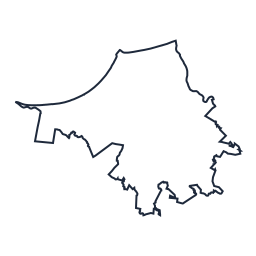 outline of Centla, Tabasco, Mexico
{"feature_id": "50627088B3950990861765", "entity_name": "Centla", "entity_type": "district", "adm_level": 2, "iso_a3": "MEX", "parent_name": "Mexico", "parent_adm1": "Tabasco", "projection": "robinson", "projection_center": [-92.665, 18.354], "detail": "fine", "context": "isolated", "style": "outline", "palette": "slate", "viewbox_px": 256, "rotation_deg": 0, "n_neighbors": 0, "source": "geoboundaries", "source_scale": "gbopen_adm2", "svg_char_len": 5841}
<svg xmlns="http://www.w3.org/2000/svg" viewBox="0 0 256 256"><path d="M175.7,40.7L172.0,41.9L167.0,43.9L150.5,48.6L143.9,50.0L141.5,50.4L133.4,51.9L128.6,52.6L126.0,52.7L124.6,52.7L123.7,52.5L122.7,52.1L121.6,51.2L120.2,50.1L119.8,50.0L116.8,53.6L116.2,54.6L116.7,56.2L116.5,57.1L115.8,58.6L114.6,60.9L114.1,61.7L113.9,62.4L111.8,65.7L110.9,67.8L108.2,71.7L105.9,75.1L101.0,80.8L98.4,83.5L94.4,87.2L91.2,89.7L88.5,91.7L84.7,94.0L84.3,94.2L84.0,94.4L84.0,94.5L83.7,94.5L82.0,95.5L81.3,95.8L78.2,97.3L73.7,99.3L71.8,99.9L69.9,100.7L64.7,102.3L59.4,103.4L52.4,104.2L52.0,104.1L46.2,104.7L45.8,104.7L43.5,104.9L43.2,104.9L42.7,105.0L39.2,105.2L32.7,105.3L28.1,105.1L25.4,104.8L24.0,104.5L22.0,103.9L17.8,102.2L15.4,101.9L18.6,104.0L21.4,106.5L23.0,107.4L23.8,107.6L26.4,106.9L27.7,106.9L28.6,107.3L30.2,108.4L31.1,108.6L31.7,108.5L33.0,107.9L33.7,107.7L35.0,107.6L35.8,107.9L38.3,109.5L40.0,110.8L40.5,111.3L40.7,113.3L40.5,113.5L40.3,113.6L39.1,120.4L37.6,127.3L35.0,141.3L53.0,143.0L55.2,129.3L57.1,129.4L58.2,129.8L59.6,130.0L61.4,132.1L62.7,134.0L63.5,134.3L64.7,134.6L66.1,135.2L66.5,135.5L67.9,137.1L69.0,138.1L69.3,137.7L69.4,136.5L69.2,135.0L69.9,134.7L70.2,134.4L70.9,133.5L71.3,132.6L71.6,132.5L72.2,132.7L72.7,131.8L73.0,131.5L73.5,131.5L75.1,132.7L74.9,133.4L74.4,134.1L74.3,134.5L74.6,135.0L75.2,135.7L75.5,135.8L76.1,135.7L76.8,135.9L77.2,136.2L77.4,136.9L77.8,137.1L78.4,137.2L79.8,137.0L80.8,136.5L81.5,136.0L82.2,136.5L82.4,136.9L82.6,137.8L82.9,138.2L83.9,139.1L85.1,139.7L85.4,140.1L86.2,140.9L86.5,141.6L87.1,142.0L87.2,142.5L87.1,142.9L87.9,143.6L88.3,144.4L88.4,144.7L87.9,145.8L87.9,146.0L88.3,146.4L89.1,146.8L89.1,147.0L91.5,152.9L93.2,157.0L95.5,155.6L112.2,143.2L115.9,144.1L119.4,144.6L123.0,145.2L122.5,148.2L121.2,151.0L119.9,152.7L119.5,154.6L119.2,155.1L118.4,155.9L118.0,156.1L117.2,157.0L116.8,159.5L116.8,160.7L117.7,160.8L117.8,161.8L118.1,163.4L118.1,164.2L114.4,167.8L112.0,170.9L108.7,174.4L111.8,177.2L114.6,178.5L115.5,179.4L116.1,179.4L117.4,179.0L117.7,178.5L117.8,179.2L122.1,180.5L123.7,178.0L124.4,179.2L124.0,179.5L123.9,180.2L124.0,180.9L123.7,181.5L122.5,182.1L122.2,182.5L122.2,182.8L122.4,183.3L123.1,183.9L123.6,184.7L123.6,185.3L123.3,185.9L123.2,186.2L123.5,186.5L124.5,187.0L124.6,187.3L124.2,188.2L124.2,188.8L124.3,189.2L125.5,189.1L127.2,189.6L129.2,185.2L132.6,189.1L134.3,187.8L134.5,189.6L136.2,191.5L137.4,193.5L137.3,194.8L137.0,195.4L136.5,195.6L136.0,208.0L140.3,208.9L139.6,211.7L139.9,211.7L139.6,212.6L139.8,213.3L140.2,213.6L140.9,213.8L142.1,213.2L142.7,213.3L143.2,213.8L143.4,215.3L144.6,215.0L145.6,214.4L150.9,213.0L153.4,213.6L153.8,208.8L154.3,208.9L154.8,208.8L155.3,208.9L156.2,209.9L156.8,210.3L157.3,210.4L158.1,210.2L158.4,210.3L158.7,211.3L159.2,212.2L159.1,212.7L158.6,213.7L158.6,214.2L159.1,214.6L160.1,215.2L160.1,214.4L159.9,212.6L159.7,210.2L156.6,209.0L156.0,208.1L155.0,208.0L155.0,205.7L154.0,203.6L155.6,202.5L155.6,201.8L155.4,201.7L155.4,201.4L161.2,190.2L161.3,190.2L161.2,189.5L160.5,188.7L160.1,188.5L159.3,188.7L158.9,188.5L158.3,186.7L158.3,186.2L158.5,184.6L158.9,184.4L159.3,184.3L161.7,182.4L162.8,182.1L163.2,181.7L163.4,181.7L163.7,181.9L163.9,182.6L164.0,182.7L165.1,182.2L165.7,182.3L166.1,182.7L167.0,182.4L167.1,182.5L167.3,182.8L167.2,183.3L167.8,185.7L166.5,188.7L167.8,189.1L168.4,189.0L174.6,194.8L175.1,197.2L173.5,197.3L170.1,195.7L169.8,197.8L177.5,198.6L177.1,202.0L181.4,203.2L182.8,203.5L183.4,203.2L184.0,202.7L193.6,196.4L195.2,195.4L195.7,195.1L196.2,194.2L196.1,193.6L194.9,193.3L194.0,192.5L194.1,191.7L194.4,190.9L194.9,192.2L195.0,192.2L194.8,190.4L194.1,190.1L193.7,190.3L193.4,189.9L193.5,189.1L193.5,188.8L191.8,188.1L191.5,187.8L190.2,186.9L189.7,186.5L189.8,185.9L197.0,184.8L197.5,185.9L200.9,189.7L200.6,192.8L201.9,193.2L203.5,193.4L204.8,194.0L205.2,194.3L206.1,195.3L206.6,195.6L207.6,195.7L208.2,195.5L208.5,194.8L208.8,193.7L209.2,193.5L209.7,193.5L210.3,193.7L211.1,192.5L211.7,192.4L212.3,192.4L213.2,192.8L213.4,192.4L213.7,192.0L213.8,190.7L214.5,191.3L214.6,191.0L215.0,190.7L215.3,190.7L215.8,191.0L217.8,192.6L219.1,193.2L220.0,193.7L221.0,193.7L221.4,193.4L221.8,192.9L222.7,191.2L218.9,187.2L214.2,186.0L212.5,181.3L213.0,177.2L215.5,170.4L215.4,170.3L215.1,169.3L214.6,170.1L210.8,167.9L213.5,165.0L213.5,164.2L214.4,164.1L215.7,162.6L214.8,161.7L215.4,161.0L214.8,160.1L213.6,161.3L212.9,159.7L213.7,159.1L214.1,157.3L214.3,157.2L214.6,156.7L214.4,156.4L216.4,155.2L217.0,156.3L220.0,156.9L220.5,156.2L223.6,151.2L226.4,152.4L227.2,153.1L227.8,153.6L230.7,153.9L235.3,154.8L240.3,153.7L239.6,151.1L240.6,150.9L238.5,149.5L239.7,149.0L238.6,146.5L234.8,143.6L234.8,144.1L233.2,147.1L232.5,146.9L231.6,146.3L229.6,145.8L229.6,145.6L232.5,144.9L231.9,144.4L231.5,143.4L230.3,142.0L228.8,143.7L223.3,142.4L222.0,142.0L219.8,141.7L225.9,135.7L220.0,129.7L220.2,129.0L220.8,128.2L219.1,127.8L219.2,127.4L219.2,126.7L218.1,126.7L217.8,126.5L217.6,125.3L217.7,125.0L217.3,124.8L216.8,125.6L216.7,124.9L216.6,124.7L216.1,124.2L215.7,124.1L215.6,123.6L216.1,122.0L215.7,121.4L215.4,121.5L215.3,122.0L205.3,116.0L212.4,108.3L215.3,106.4L215.0,105.6L213.6,104.3L213.0,103.5L211.9,99.8L213.6,99.3L213.3,98.1L213.1,97.6L212.4,97.0L212.0,96.7L211.2,96.6L210.1,97.0L209.3,97.4L208.9,97.8L207.7,99.4L206.7,101.3L206.4,101.8L205.6,102.0L205.1,102.0L203.9,101.4L203.4,101.0L203.3,100.7L203.2,100.1L203.2,99.4L203.6,97.7L203.4,97.1L202.9,96.3L202.1,95.4L199.5,94.0L197.8,92.0L197.1,91.5L196.3,91.1L193.8,91.2L192.8,91.1L190.6,89.9L190.0,89.3L189.7,88.8L189.3,87.7L188.5,86.2L187.6,83.3L186.8,81.7L186.5,80.7L186.5,79.2L186.7,77.8L187.3,75.6L187.3,71.8L187.2,70.6L186.6,68.3L186.0,66.8L185.5,65.8L183.9,63.2L183.7,62.4L183.0,61.1L181.4,58.7L180.7,57.4L179.9,55.7L180.0,54.7L179.0,53.3L177.2,51.8L176.5,50.8L176.1,49.5L176.1,48.1L176.6,45.5L176.4,44.9L175.7,40.7Z" fill="none" stroke="#1e293b" stroke-width="2"/></svg>